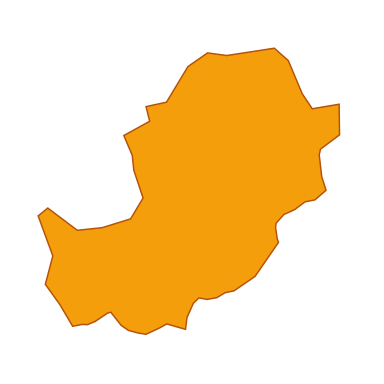 the Municipality of Aizputes, rotated 84°
{"feature_id": "LVA-5714", "entity_name": "Aizputes", "entity_type": "Municipality", "adm_level": 1, "iso_a3": "LVA", "parent_name": "Latvia", "parent_adm1": "", "projection": "mercator", "projection_center": [21.624, 56.709], "detail": "fine", "context": "isolated", "style": "filled", "palette": "amber", "viewbox_px": 384, "rotation_deg": 84, "n_neighbors": 0, "source": "natural_earth", "source_scale": "10m", "svg_char_len": 847}
<svg xmlns="http://www.w3.org/2000/svg" viewBox="0 0 384 384"><g transform="rotate(84 192 192)"><path d="M120.1,36.5L150.6,39.3L162.8,59.7L168.3,61.6L190.1,61.4L204.3,58.5L212.7,70.6L213.6,80.6L220.2,91.7L224.0,103.0L231.8,111.6L235.8,112.6L247.7,112.1L251.1,111.2L282.5,138.1L294.7,160.6L295.6,169.6L299.7,178.4L300.4,188.2L298.1,196.2L302.7,202.2L316.3,210.1L327.9,212.8L320.6,230.9L323.7,238.2L328.7,252.6L326.6,260.4L323.0,269.7L317.2,276.4L303.1,285.3L303.6,288.7L310.5,301.6L313.0,309.8L312.2,314.9L313.1,324.7L290.3,335.1L268.5,347.5L241.0,337.1L199.7,347.5L192.9,337.1L218.1,310.1L218.1,285.1L212.3,255.9L192.9,241.3L164.2,247.6L149.3,247.6L128.7,253.9L117.2,226.7L102.3,228.8L100.0,208.0L66.8,182.9L55.3,162.0L59.9,143.2L57.6,95.1L71.4,82.5L105.8,72.1L121.8,63.7L120.1,36.5Z" fill="#f59e0b" stroke="#b45309" stroke-width="1.5"/></g></svg>